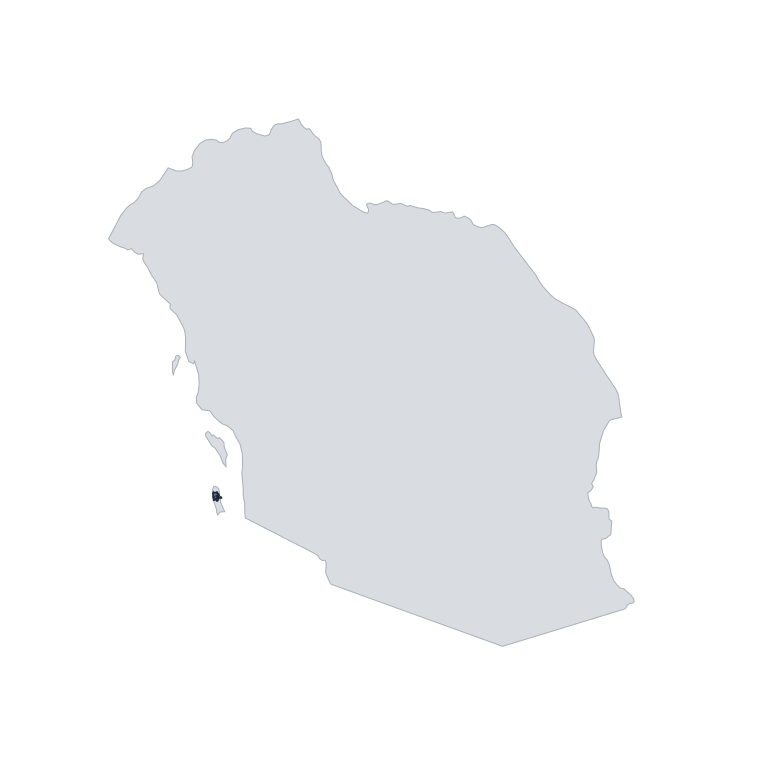 Chake Chake, Kusini-Pemba, United Republic of Tanzania (highlighted), rotated 163°
{"feature_id": "72390352B74660811526984", "entity_name": "Chake Chake", "entity_type": "district", "adm_level": 2, "iso_a3": "TZA", "parent_name": "United Republic of Tanzania", "parent_adm1": "Kusini-Pemba", "projection": "equal_earth", "projection_center": [39.751, -5.247], "detail": "fine", "context": "in_parent", "style": "filled", "palette": "slate", "viewbox_px": 768, "rotation_deg": 163, "n_neighbors": 0, "source": "geoboundaries", "source_scale": "gbopen_adm2", "svg_char_len": 6640}
<svg xmlns="http://www.w3.org/2000/svg" viewBox="0 0 768 768"><g transform="rotate(163 384 384)"><path d="M307.1,547.3L300.6,542.8L294.7,540.1L289.9,537.0L287.8,534.0L283.3,532.9L279.4,532.4L275.7,529.6L268.3,528.6L267.5,526.7L267.3,522.6L266.1,521.5L263.4,520.5L260.5,520.5L258.7,521.1L257.7,520.8L255.2,518.4L253.0,515.3L252.1,510.4L248.7,507.3L244.8,504.8L233.9,505.0L232.2,504.3L229.6,501.8L226.6,497.7L224.1,493.0L221.9,486.6L219.7,478.0L207.0,443.7L205.6,437.2L203.2,430.0L199.1,421.2L194.9,414.6L189.1,408.7L182.6,402.7L179.0,398.7L172.2,382.6L170.8,375.0L169.7,367.1L170.1,364.0L174.2,353.8L174.6,351.0L174.1,347.2L172.0,339.1L169.3,329.3L163.9,311.5L163.1,307.0L163.2,303.6L166.2,285.5L166.2,283.0L178.7,283.3L187.7,275.4L195.6,263.5L197.2,258.6L200.4,251.0L203.5,247.2L204.7,244.6L206.5,237.0L210.7,231.8L214.7,227.9L213.9,225.1L214.5,224.0L216.7,222.0L221.0,220.2L221.8,216.2L221.8,211.7L221.1,209.2L221.2,206.3L220.5,204.7L217.7,204.3L213.5,202.0L210.0,201.1L207.6,199.8L206.7,198.8L206.4,196.1L208.3,189.1L206.3,186.3L210.7,174.8L211.5,173.4L213.0,173.2L215.5,172.0L217.9,171.4L219.7,171.9L221.1,171.4L222.4,170.1L223.4,166.2L224.2,159.6L223.8,154.3L221.9,150.2L221.4,144.0L222.3,135.6L221.7,128.6L219.6,123.0L217.6,119.7L214.5,118.1L209.5,109.6L208.0,105.5L208.3,102.9L210.0,101.8L213.1,102.2L216.1,101.2L218.8,98.8L221.5,98.2L222.9,98.5L347.4,98.5L493.1,207.9L493.7,209.2L494.9,218.6L494.6,221.8L492.4,227.3L491.7,230.1L491.7,232.1L492.3,232.8L494.2,233.1L495.8,234.4L496.4,235.4L497.6,239.5L499.2,241.5L554.5,295.2L555.8,296.0L555.0,300.5L551.9,311.4L551.7,315.9L550.5,321.2L549.3,324.8L546.1,340.1L543.5,345.8L539.8,359.3L539.3,369.5L541.3,376.7L542.0,383.5L546.3,390.1L549.7,392.5L552.0,395.5L556.1,402.4L558.4,409.3L565.7,412.7L568.7,420.4L567.6,425.8L564.2,430.2L561.0,437.4L558.5,446.8L558.4,461.1L560.1,459.0L564.0,462.5L564.5,473.1L560.5,485.4L559.3,491.1L559.1,496.1L562.0,510.8L566.4,518.3L566.1,520.7L564.9,522.6L572.4,535.9L571.8,547.5L574.6,556.4L575.9,564.2L577.7,570.2L578.1,574.3L575.8,578.9L581.2,580.0L584.4,583.7L585.9,587.3L589.9,587.1L592.0,589.6L595.1,591.6L601.9,597.6L603.8,600.6L604.9,603.5L586.1,622.4L579.4,627.2L574.5,629.5L569.4,630.8L564.5,633.7L559.9,638.4L553.9,640.7L546.7,640.8L539.1,644.0L527.2,653.8L520.2,648.4L514.8,646.7L508.5,646.8L504.7,647.5L503.3,648.7L502.1,652.0L501.1,657.4L497.0,662.7L489.9,667.7L483.2,669.5L477.1,668.3L473.0,666.2L470.9,663.3L467.7,661.9L463.5,662.2L459.5,664.2L455.7,668.1L449.6,669.8L441.2,669.3L436.7,667.4L436.1,664.2L432.4,660.4L425.6,656.0L420.7,655.9L417.5,660.1L414.6,662.7L412.0,663.8L409.7,663.9L406.3,662.8L397.0,662.3L388.2,662.5L387.3,656.5L385.5,652.7L383.9,650.5L380.8,650.0L380.0,648.3L378.9,644.5L377.4,641.3L375.4,638.6L374.2,636.2L373.8,633.9L374.1,631.4L375.9,625.1L376.5,620.9L376.2,616.5L375.2,612.0L373.1,606.7L373.3,605.2L372.6,601.5L372.5,599.0L372.9,595.8L372.5,591.6L370.6,582.7L370.6,580.4L368.7,576.1L362.8,565.9L362.5,564.6L353.3,554.3L349.6,552.0L348.3,553.9L347.8,555.7L348.2,559.0L348.0,560.7L347.6,561.4L345.4,561.3L344.0,560.9L340.6,558.2L337.8,557.5L331.1,558.0L328.8,558.6L326.9,558.0L323.3,553.3L319.2,552.3L315.4,552.0L309.2,546.7L307.1,547.3ZM566.7,375.1L569.7,386.5L569.3,388.6L567.2,389.9L566.1,390.0L564.7,388.2L563.8,384.4L562.2,385.3L559.4,380.7L556.7,380.5L554.2,375.0L555.2,370.2L554.6,362.1L557.6,358.0L559.2,351.0L561.2,355.7L561.6,363.2L564.2,372.0L566.7,375.1ZM581.3,307.4L581.5,310.1L580.9,312.6L581.1,320.7L580.8,326.0L578.6,333.5L576.7,336.1L575.1,335.3L573.7,334.1L572.6,332.1L574.8,318.5L573.7,308.5L578.0,309.5L581.3,307.4ZM575.2,471.3L573.1,471.9L572.2,471.3L570.9,469.1L573.2,467.2L575.4,463.5L580.6,458.1L582.9,453.8L582.6,458.0L579.7,467.2L577.2,467.8L575.2,471.3Z" fill="#d9dde1" stroke="#a8b0b8" stroke-width="1"/><path d="M576.6,321.5L576.7,321.8L576.7,322.0L576.4,322.3L576.2,322.3L576.2,322.5L576.3,322.6L576.3,322.9L576.5,322.9L576.5,323.0L576.6,322.9L576.6,323.0L576.7,323.3L576.7,323.2L576.8,323.3L576.7,323.3L576.5,323.1L576.4,323.2L576.4,323.4L576.4,323.5L576.2,323.5L576.2,323.4L576.1,323.5L575.9,323.4L576.0,323.3L576.0,323.2L575.9,323.2L575.7,323.0L575.6,323.3L575.7,323.5L575.4,323.6L575.4,323.4L575.2,323.5L574.9,323.4L574.9,323.5L574.7,323.5L574.4,323.4L574.3,323.2L574.2,323.4L574.3,323.7L574.2,323.6L574.0,323.8L573.7,323.8L573.6,323.6L573.4,323.6L573.3,323.3L573.2,323.2L573.3,323.0L573.3,322.9L573.2,322.8L573.0,322.5L572.9,322.4L572.7,322.4L572.7,322.5L572.7,323.2L572.8,323.4L573.0,323.5L573.6,323.9L573.7,324.0L573.8,324.1L574.0,324.0L574.3,323.9L574.5,323.9L574.8,323.9L574.8,324.0L575.0,324.2L575.0,324.3L575.2,324.5L575.4,324.6L575.5,324.7L575.4,324.7L575.5,324.9L575.7,325.0L575.9,325.0L576.1,325.1L576.2,324.9L576.2,325.0L576.2,324.9L576.2,325.0L576.3,325.0L576.2,325.0L576.3,325.1L576.5,325.1L576.6,325.3L576.7,325.2L576.7,325.3L576.8,325.3L576.9,325.2L576.9,325.3L577.0,325.1L576.9,325.4L577.0,325.4L577.1,325.5L576.9,325.7L576.7,325.6L576.8,325.9L577.1,326.1L576.9,326.2L577.0,326.3L577.1,326.6L577.0,326.4L576.9,326.2L576.7,326.1L576.6,325.8L576.4,325.7L576.4,325.8L576.4,325.6L576.2,325.7L576.3,325.5L576.1,325.6L575.9,325.4L575.7,325.4L575.6,325.5L575.4,325.8L575.2,325.8L575.3,325.9L575.3,326.0L575.2,326.0L574.9,326.1L574.6,326.1L574.4,325.9L574.2,325.9L574.2,326.0L574.2,326.3L574.4,326.6L574.3,327.0L574.5,327.2L574.6,327.4L574.8,327.4L575.0,327.4L575.1,327.6L575.4,327.5L575.5,327.7L575.5,327.8L575.4,327.7L575.1,327.7L574.9,327.6L575.0,329.1L575.1,329.3L575.2,329.5L575.3,329.5L575.7,329.7L575.8,329.6L576.0,329.4L576.4,329.2L576.5,329.1L576.9,329.4L577.0,329.3L578.0,329.9L578.2,329.7L578.4,329.7L578.6,329.6L578.8,329.7L578.9,329.8L579.0,330.1L579.0,330.3L579.1,330.2L579.2,329.9L579.2,329.7L579.2,329.8L579.3,329.9L579.2,329.8L579.3,329.7L579.3,329.8L579.3,329.7L579.5,329.6L579.4,329.4L579.5,329.4L579.5,329.1L579.4,329.0L579.5,329.1L579.6,329.3L579.6,328.9L579.7,328.6L579.8,328.6L579.9,328.2L579.9,327.9L580.1,327.3L580.1,327.1L579.9,327.1L579.8,327.3L579.7,327.3L579.7,327.2L579.4,327.3L579.7,327.2L579.9,326.9L580.0,326.8L580.0,327.0L580.2,326.9L580.0,326.7L579.9,326.6L579.9,326.4L579.8,326.2L579.7,326.0L579.6,325.9L579.6,325.7L579.7,325.8L579.8,326.0L580.0,326.3L580.2,326.2L580.4,325.9L580.4,325.7L580.4,325.4L580.5,325.3L580.4,325.2L580.5,325.2L580.6,324.7L580.6,324.3L580.6,324.2L580.8,323.6L580.8,323.3L580.7,323.2L580.8,323.1L580.9,322.6L579.8,322.6L579.5,322.7L579.3,323.1L579.1,323.1L578.8,323.2L578.6,323.2L578.5,323.5L578.4,323.5L578.4,323.2L578.4,322.9L578.3,322.6L578.4,322.3L578.4,321.9L578.3,321.6L578.3,321.1L577.9,321.1L577.3,320.9L577.2,321.0L576.9,321.1L576.6,321.5Z" fill="#64748b" stroke="#1e293b" stroke-width="1.5"/></g></svg>